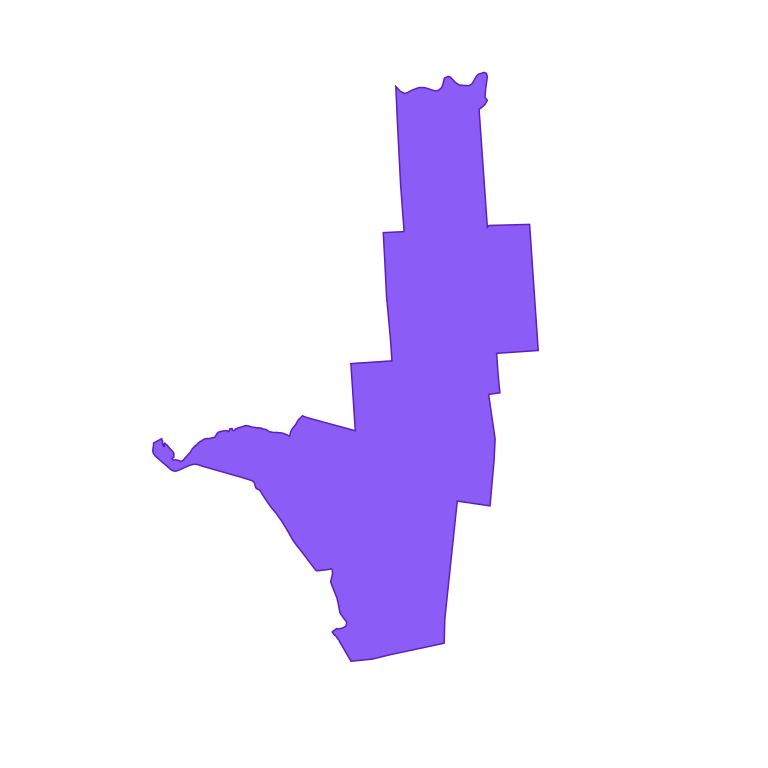 Suhaia, Teleorman, Romania, rotated 332°
{"feature_id": "2599482B91866656002466", "entity_name": "Suhaia", "entity_type": "district", "adm_level": 2, "iso_a3": "ROU", "parent_name": "Romania", "parent_adm1": "Teleorman", "projection": "albers", "projection_center": [25.195, 43.756], "detail": "fine", "context": "isolated", "style": "filled", "palette": "violet", "viewbox_px": 768, "rotation_deg": 332, "n_neighbors": 0, "source": "geoboundaries", "source_scale": "gbopen_adm2", "svg_char_len": 5991}
<svg xmlns="http://www.w3.org/2000/svg" viewBox="0 0 768 768"><g transform="rotate(332 384 384)"><path d="M587.5,311.4L551.5,293.5L550.6,293.5L549.4,293.8L548.9,294.0L596.9,186.1L599.6,185.8L603.9,184.8L608.5,182.0L607.8,178.2L611.7,172.1L619.6,161.0L620.2,157.7L618.5,155.8L613.0,154.9L610.7,155.3L602.7,160.2L599.0,160.5L590.8,155.4L588.5,151.0L586.8,144.3L585.1,142.5L581.1,142.2L576.2,147.5L573.9,149.4L569.9,150.3L566.6,149.1L559.2,141.5L554.3,138.7L547.6,137.8L541.0,137.7L538.8,137.3L535.8,133.2L534.7,128.9L534.1,126.9L519.9,156.7L491.8,216.7L473.3,258.9L454.4,250.0L444.1,272.2L427.3,308.0L418.8,328.3L410.5,348.0L401.9,367.3L364.2,350.4L364.1,351.0L336.7,411.8L301.1,378.3L298.1,375.2L297.7,374.6L297.3,373.9L296.9,373.9L293.8,374.8L293.0,375.1L292.3,375.2L291.8,375.4L291.1,375.7L289.4,376.7L288.3,377.5L287.6,378.0L285.1,379.1L283.9,379.5L281.4,380.8L280.9,381.1L280.0,381.8L279.2,382.4L278.7,382.9L278.3,383.3L277.1,384.7L276.7,385.4L276.1,385.9L274.0,382.7L273.6,382.2L272.6,381.3L272.2,380.5L271.6,380.0L271.3,379.7L271.0,379.5L270.4,379.0L269.8,378.5L269.1,378.1L268.7,377.9L268.3,377.6L267.5,377.1L266.6,376.4L265.2,375.7L264.3,375.3L263.5,374.8L262.0,373.5L261.5,373.2L260.7,372.7L260.0,372.0L259.6,370.7L259.4,370.3L258.7,369.3L258.4,368.8L258.1,368.4L257.8,368.1L257.3,367.8L256.9,367.7L256.5,367.4L255.7,366.4L255.3,365.8L255.1,365.6L254.6,365.2L254.0,364.7L253.4,364.2L250.1,362.3L249.2,361.3L248.5,361.0L247.4,360.2L246.5,359.4L246.0,358.8L245.3,358.0L244.8,357.5L244.0,356.9L243.1,356.1L242.1,355.7L241.3,355.5L239.4,355.3L238.1,355.0L237.3,354.9L236.7,354.8L236.3,354.7L235.5,354.3L235.1,354.2L234.1,354.2L233.0,354.4L232.5,354.4L232.1,354.4L231.9,354.0L231.7,354.0L231.6,354.4L231.5,354.5L230.8,354.5L230.5,354.6L230.2,354.8L229.8,354.8L229.5,354.8L229.4,354.8L229.3,354.7L229.0,354.3L228.7,353.8L228.6,353.4L228.6,353.1L228.7,352.9L228.9,352.5L228.8,352.1L228.8,351.9L226.9,351.2L226.6,351.3L226.2,352.0L225.8,352.3L225.4,352.5L225.0,352.6L224.8,353.0L224.3,353.0L224.3,352.5L223.9,352.0L223.4,351.5L222.8,351.0L222.2,350.8L220.5,350.1L219.5,349.7L218.1,349.5L217.3,349.1L217.0,349.0L216.1,348.9L215.0,348.9L213.9,349.1L213.3,349.3L213.0,349.5L210.4,351.2L210.0,351.4L209.5,351.4L208.3,351.3L208.1,351.2L207.8,350.9L206.8,350.7L205.2,350.4L204.9,350.3L204.2,350.2L203.8,350.1L203.0,349.6L202.6,349.5L202.3,349.1L201.8,349.0L201.4,348.7L201.0,348.5L199.9,348.4L199.6,348.2L199.3,348.2L199.0,348.2L198.7,348.4L198.0,348.3L197.7,348.4L197.3,348.3L197.1,348.4L196.3,348.9L196.0,348.9L195.5,348.5L195.2,348.4L194.7,348.4L194.2,348.6L193.9,348.6L193.4,348.8L193.1,348.9L192.9,349.0L192.6,348.8L191.9,348.9L191.7,349.1L190.4,349.7L189.9,349.8L189.2,349.8L188.7,350.0L188.1,350.0L187.6,350.1L187.3,350.2L186.2,350.5L185.7,350.7L185.3,351.0L184.7,351.1L182.8,352.1L182.3,352.5L181.9,352.8L180.9,353.3L180.3,353.5L178.3,354.2L177.8,354.4L177.4,354.6L176.3,355.0L175.8,355.3L174.1,355.7L173.1,356.1L171.0,357.1L170.3,357.0L170.1,357.2L169.9,357.0L169.6,357.1L169.2,357.1L168.4,357.1L168.2,357.0L168.0,356.8L167.8,356.3L167.4,356.1L167.3,355.9L167.3,355.5L167.2,355.3L167.0,355.1L166.7,354.9L166.3,354.8L165.9,354.4L165.7,354.2L165.3,353.9L165.2,353.7L164.5,353.2L163.8,352.9L163.2,352.7L162.5,352.2L162.1,351.9L161.9,351.7L161.7,351.3L161.7,351.0L161.7,350.8L161.8,350.5L162.0,350.4L163.0,350.2L163.5,349.9L163.9,350.0L164.1,349.9L164.2,349.6L164.2,349.4L164.6,349.1L164.8,348.7L165.0,347.9L165.5,347.4L165.7,347.2L165.7,346.9L165.9,345.8L165.9,345.3L165.8,344.8L165.7,344.2L165.5,343.6L165.1,342.0L164.9,341.1L164.5,340.0L164.5,339.5L164.1,338.1L163.9,336.3L163.8,335.8L163.3,335.3L163.0,334.7L162.9,334.4L162.9,333.6L162.8,333.3L162.6,333.2L162.3,333.3L162.0,333.5L161.7,333.7L161.4,334.1L161.2,334.6L161.1,335.6L161.0,335.9L160.7,335.9L160.4,335.8L160.3,335.6L160.2,334.9L160.2,334.4L160.2,333.8L160.3,333.4L160.6,332.6L160.7,332.3L160.9,331.9L161.2,331.3L161.6,330.7L161.8,330.3L161.8,330.0L161.6,329.5L161.8,329.2L162.0,327.9L152.9,327.9L151.1,330.7L150.3,331.8L149.2,333.3L148.4,334.6L148.2,335.2L147.9,336.5L147.8,337.5L147.9,338.4L148.2,340.1L148.9,342.1L151.9,349.9L152.6,351.6L155.0,357.9L155.4,359.0L155.8,359.7L156.2,360.6L157.0,361.6L157.6,362.1L158.2,362.6L159.0,363.1L159.6,363.3L160.4,363.5L161.4,363.6L163.7,363.9L169.6,364.2L174.4,364.6L175.0,364.7L176.8,365.1L178.0,365.5L178.9,365.8L179.6,366.1L180.4,366.7L181.7,367.7L182.9,369.0L183.6,369.8L183.8,370.0L184.5,370.8L190.2,376.3L208.7,394.1L213.0,398.2L214.7,399.8L215.5,400.7L216.5,401.7L221.0,406.2L222.2,407.6L222.8,408.8L223.1,410.1L223.1,410.8L222.9,412.0L222.2,414.6L222.1,415.1L222.1,415.5L222.4,416.5L223.0,417.5L224.1,418.9L224.5,419.9L224.7,423.0L224.7,423.6L225.1,428.4L225.6,433.6L226.0,436.5L226.7,441.2L227.6,445.3L227.9,446.6L228.6,452.2L229.2,456.1L229.8,465.9L230.0,470.1L230.1,475.4L230.2,476.4L230.2,478.3L230.4,480.6L231.1,485.6L231.2,486.1L231.9,489.5L233.4,498.5L234.8,507.2L236.0,514.8L236.4,516.5L236.7,517.2L238.6,518.1L239.3,518.4L244.7,520.5L249.1,522.1L249.9,522.4L250.2,522.5L250.5,522.5L250.9,522.7L251.0,522.9L251.1,523.2L250.8,524.2L250.0,526.3L249.6,527.1L249.2,527.7L246.2,531.1L244.6,532.9L244.3,533.3L244.0,533.8L243.9,534.2L243.2,539.7L242.1,549.5L242.1,550.4L242.2,550.8L242.0,551.0L241.4,552.8L240.9,554.9L240.4,556.7L238.5,562.6L237.9,564.8L237.7,565.4L237.7,566.5L237.8,567.6L238.1,569.6L238.5,572.5L239.1,575.4L239.1,576.0L239.0,576.7L238.8,577.3L238.5,577.8L238.2,578.4L237.8,578.8L237.5,579.1L237.0,579.6L236.7,579.7L235.7,580.0L235.2,580.0L234.1,580.0L230.9,579.7L230.2,579.2L229.5,579.0L228.6,578.9L228.1,578.5L228.0,578.3L227.8,578.0L227.5,577.7L227.0,577.8L222.6,578.4L222.0,578.5L221.9,578.7L221.9,579.2L222.4,582.7L222.9,582.8L223.3,584.9L223.5,586.7L223.6,587.6L224.1,589.3L224.0,589.7L223.8,590.0L224.7,613.3L244.2,621.3L263.8,626.3L273.1,629.0L315.5,641.1L327.4,620.0L393.7,521.8L420.4,541.4L445.7,502.5L456.3,484.7L471.5,442.3L482.2,446.2L489.4,428.7L497.8,409.8L535.9,426.8L587.5,311.4Z" fill="#8b5cf6" stroke="#5b21b6" stroke-width="1.5"/></g></svg>